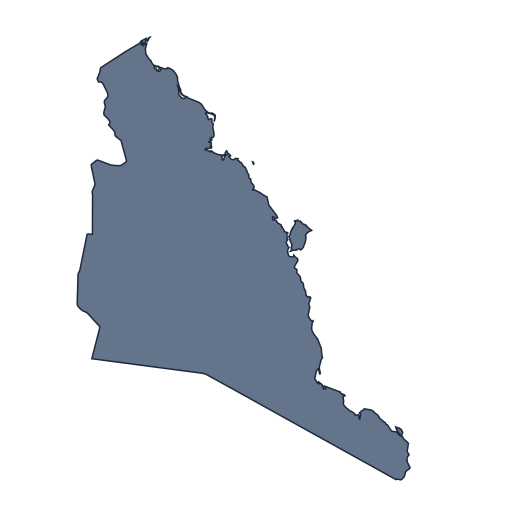 the State of Sonora, rotated 188°
{"feature_id": "MEX-2712", "entity_name": "Sonora", "entity_type": "State", "adm_level": 1, "iso_a3": "MEX", "parent_name": "Mexico", "parent_adm1": "", "projection": "albers", "projection_center": [-111.078, 29.368], "detail": "fine", "context": "isolated", "style": "filled", "palette": "slate", "viewbox_px": 512, "rotation_deg": 188, "n_neighbors": 0, "source": "natural_earth", "source_scale": "10m", "svg_char_len": 6113}
<svg xmlns="http://www.w3.org/2000/svg" viewBox="0 0 512 512"><g transform="rotate(188 256 256)"><path d="M86.4,54.1L265.4,122.9L289.4,132.0L292.7,132.4L404.3,131.4L400.7,163.4L400.9,164.3L414.4,175.5L416.3,176.6L420.2,177.7L422.9,179.4L425.5,181.6L426.4,183.5L429.7,213.5L428.5,217.1L426.3,254.0L424.9,254.5L421.0,254.6L426.4,294.2L427.3,296.7L425.5,303.7L425.6,305.4L431.3,321.1L431.9,323.7L427.2,328.6L426.3,329.0L412.8,326.0L407.4,326.0L403.1,326.6L402.1,327.0L399.0,329.9L398.0,330.9L397.4,332.1L405.7,351.5L411.8,355.1L412.5,356.2L413.1,359.0L413.9,360.1L420.2,365.3L419.3,366.8L419.3,368.7L421.8,371.4L425.6,374.0L426.2,374.8L426.7,376.9L426.0,383.2L427.5,386.4L427.7,388.3L427.2,389.6L425.3,392.3L424.9,393.9L425.1,395.3L426.5,398.0L431.7,405.5L433.1,406.7L436.2,406.4L438.0,409.5L436.3,415.9L436.2,420.0L435.9,420.9L413.6,440.3L400.7,450.6L400.2,451.7L399.2,449.6L397.6,448.8L398.4,450.0L396.0,449.7L394.4,451.6L393.9,451.6L393.7,450.7L394.4,446.2L393.4,441.2L389.9,436.7L387.4,434.9L385.7,432.3L383.9,430.8L380.6,430.0L380.2,429.6L380.8,429.4L383.3,430.2L383.0,429.0L382.5,428.8L382.9,428.2L382.5,427.5L380.7,427.3L380.1,425.7L378.8,426.6L378.4,425.4L377.5,425.2L376.3,426.7L376.1,427.4L377.9,427.9L378.1,428.3L377.8,429.2L379.6,429.9L379.5,430.4L377.4,429.5L373.2,428.7L370.7,429.0L369.9,429.6L369.8,430.2L368.1,430.0L363.8,428.2L360.1,424.5L358.7,422.2L357.8,417.8L356.9,416.4L355.9,413.5L353.5,409.7L353.7,409.0L355.9,412.4L357.1,413.3L355.6,409.7L355.1,405.7L353.0,403.2L351.3,402.2L349.3,401.9L348.1,402.6L346.8,404.3L345.1,403.0L333.9,400.2L331.1,398.7L327.2,394.0L324.7,392.2L323.7,391.6L321.7,391.1L320.4,391.1L320.3,390.5L325.2,391.0L325.9,390.4L323.3,387.6L322.9,386.8L323.2,385.6L322.4,385.3L321.7,384.5L320.0,385.8L318.8,385.6L318.3,381.9L316.7,381.0L316.6,377.0L314.4,370.8L314.4,368.7L315.0,367.6L317.1,366.9L317.7,366.1L317.6,365.1L316.9,364.9L316.2,365.3L315.7,366.1L316.2,364.0L316.5,363.5L318.5,362.8L318.8,362.2L316.9,362.0L315.9,361.6L315.8,360.6L316.5,359.1L315.7,358.9L315.2,358.4L315.0,357.7L315.3,356.9L316.0,357.7L316.4,357.4L316.6,356.1L320.3,355.6L321.1,355.0L320.8,353.8L319.6,354.3L316.3,352.9L314.9,353.0L315.6,353.7L315.3,354.0L314.5,353.8L311.8,352.2L307.8,351.2L303.8,351.2L301.8,351.7L301.8,351.2L304.1,350.3L303.4,348.9L303.0,346.8L302.3,346.4L301.7,346.4L301.4,347.1L301.1,349.9L299.4,352.1L300.2,352.0L300.7,352.2L300.9,352.8L300.7,354.5L299.7,356.1L297.9,353.5L296.3,353.0L295.1,351.7L296.7,350.8L294.6,348.8L293.3,348.0L290.9,348.6L289.9,349.8L287.3,349.9L287.8,348.8L287.3,348.2L286.5,347.7L285.9,347.7L285.1,346.8L283.5,346.4L280.7,342.9L279.0,342.4L278.3,341.0L277.3,339.9L276.2,337.4L274.4,335.4L274.0,332.6L273.5,331.9L272.2,331.8L271.0,328.2L268.4,325.9L267.7,324.8L267.4,323.4L268.3,322.0L268.5,320.9L266.5,321.3L260.2,319.0L256.6,317.2L253.3,316.1L250.4,308.2L241.5,299.4L239.9,297.1L240.1,296.6L240.8,296.6L243.0,295.5L244.0,297.3L244.5,297.5L244.8,297.3L245.1,296.0L244.4,294.1L241.3,294.2L238.9,291.6L235.4,290.3L235.1,289.1L234.3,288.7L234.5,288.1L232.4,286.3L231.2,284.1L227.8,283.5L227.6,283.1L228.6,282.1L227.6,278.3L227.5,276.8L226.8,276.5L228.0,274.3L227.9,273.6L227.3,272.3L226.3,271.2L226.5,270.6L224.6,269.2L225.3,266.7L225.5,265.1L223.9,261.1L222.6,260.1L219.8,260.1L218.9,260.7L218.7,262.2L217.4,260.8L214.4,259.1L213.9,257.1L216.3,251.5L216.3,250.1L215.8,249.3L214.7,249.0L213.4,247.8L213.4,245.2L209.3,241.6L207.7,237.0L207.3,236.3L206.3,236.4L205.2,235.0L204.4,231.6L202.1,228.1L201.0,224.4L200.4,223.5L199.5,222.8L199.1,223.1L198.2,222.6L197.1,223.1L196.2,222.6L195.9,221.7L196.6,220.6L196.3,219.5L197.2,216.0L195.6,213.0L196.1,204.9L195.5,203.3L193.0,200.2L191.9,199.5L191.0,199.3L190.5,199.9L190.2,199.5L190.9,198.3L191.0,193.6L190.6,191.1L189.8,189.3L187.4,186.2L183.5,182.5L178.5,173.6L176.8,166.4L176.0,164.4L177.0,162.5L177.8,155.9L177.7,153.7L176.1,149.2L176.1,148.2L176.6,148.1L176.9,148.8L178.3,152.9L178.7,153.1L180.2,150.5L180.7,142.4L179.6,141.4L178.4,139.5L177.1,138.5L175.5,138.3L175.6,138.9L177.1,139.7L176.8,140.2L172.7,137.9L172.1,136.4L171.4,135.6L170.8,133.8L168.4,134.4L169.1,135.4L170.9,136.6L170.3,136.8L153.5,133.0L153.0,131.7L149.5,131.0L148.4,129.9L148.8,129.6L149.8,129.8L150.3,129.3L148.9,124.0L149.1,122.0L147.7,119.9L144.8,117.7L142.5,116.5L141.6,115.6L139.9,115.5L136.1,113.3L135.6,112.1L132.6,113.0L131.6,112.0L131.4,109.4L130.6,108.9L130.3,113.8L130.7,114.3L131.5,114.3L131.9,115.0L131.3,115.4L130.3,116.5L130.1,117.3L128.9,117.7L127.6,119.8L120.5,119.5L117.8,118.3L116.5,117.1L113.5,115.6L111.6,113.6L111.4,112.8L105.8,109.3L104.9,109.1L104.3,107.9L102.5,107.2L97.7,101.8L96.7,101.4L92.2,101.3L89.0,98.3L85.9,97.6L83.9,94.9L82.1,94.1L79.0,91.7L79.1,83.8L78.3,82.2L76.9,81.0L76.9,80.0L78.1,78.1L78.3,76.7L77.8,74.2L76.9,72.1L74.0,67.9L74.2,67.0L77.3,63.9L77.9,62.5L78.2,59.2L78.7,57.7L80.6,55.0L81.7,54.4L84.6,54.7L86.4,54.1ZM221.6,296.1L219.6,297.5L218.7,296.5L217.6,296.3L216.9,296.7L216.4,295.8L215.6,295.7L213.9,294.0L213.2,294.2L210.9,293.6L210.8,292.7L209.4,292.5L209.2,291.8L206.3,290.2L205.6,289.5L205.0,289.5L204.4,289.1L207.6,287.0L208.9,285.5L209.9,283.0L209.1,281.7L209.0,279.1L209.2,276.3L210.4,271.2L211.3,269.5L212.7,268.2L213.6,269.0L214.8,269.1L217.0,267.3L220.5,267.0L221.7,265.7L222.5,265.5L221.5,266.8L221.8,267.9L222.5,268.9L221.9,270.7L222.2,271.5L222.0,272.4L224.0,275.2L226.2,280.0L225.2,282.2L225.1,284.2L224.3,287.5L223.4,288.4L223.8,289.2L222.8,290.5L221.6,293.7L221.7,295.1L222.4,295.4L222.8,296.1L222.3,296.5L221.6,296.1ZM86.8,98.7L88.5,99.1L90.9,101.4L93.0,104.2L93.9,106.2L92.5,105.9L91.7,104.8L90.5,105.7L87.9,104.3L86.1,101.7L86.8,98.7ZM395.0,456.2L395.3,451.6L395.8,451.0L396.9,451.0L398.8,451.8L399.3,453.2L395.0,456.2ZM315.8,389.4L315.7,385.3L316.4,383.1L316.1,385.5L316.3,388.5L317.4,389.7L320.0,390.5L319.8,391.5L316.7,390.4L315.8,389.4ZM347.8,404.0L349.3,404.2L351.2,405.1L352.8,406.2L353.9,408.2L353.4,408.2L352.1,406.4L350.8,405.4L347.8,404.0ZM391.5,457.9L392.8,455.3L393.2,453.6L393.6,453.7L393.8,454.5L393.2,455.9L392.0,457.7L391.5,457.9ZM271.6,348.5L270.9,347.0L271.3,346.5L272.5,348.7L271.6,348.5Z" fill="#64748b" stroke="#1e293b" stroke-width="1.5"/></g></svg>